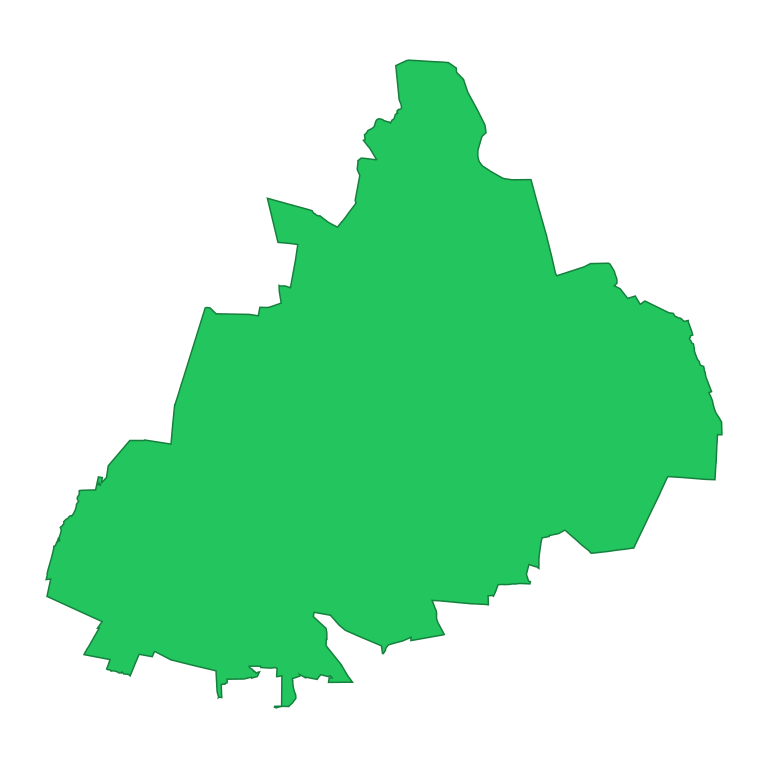 the district of Apaseo el Grande, Guanajuato, Mexico
{"feature_id": "50627088B68600935642938", "entity_name": "Apaseo el Grande", "entity_type": "district", "adm_level": 2, "iso_a3": "MEX", "parent_name": "Mexico", "parent_adm1": "Guanajuato", "projection": "albers", "projection_center": [-100.631, 20.591], "detail": "fine", "context": "isolated", "style": "filled", "palette": "green", "viewbox_px": 768, "rotation_deg": 0, "n_neighbors": 0, "source": "geoboundaries", "source_scale": "gbopen_adm2", "svg_char_len": 6016}
<svg xmlns="http://www.w3.org/2000/svg" viewBox="0 0 768 768"><path d="M359.8,175.5L355.2,200.2L355.9,203.3L348.7,212.8L345.8,216.9L341.8,222.0L341.6,221.9L339.4,224.8L338.8,225.3L338.5,226.1L337.4,227.0L336.5,226.7L328.8,222.6L322.9,218.2L320.1,215.9L318.5,215.9L316.3,215.1L314.8,213.7L313.5,213.1L312.0,210.6L267.4,198.3L276.8,237.4L278.0,242.4L288.4,243.3L297.8,244.5L295.4,260.6L290.4,287.7L285.7,286.1L284.1,285.9L282.3,286.0L279.7,285.9L279.1,285.5L279.2,290.5L279.4,292.0L281.2,303.1L270.6,306.8L267.8,307.5L259.9,307.3L258.3,315.8L249.3,314.4L216.1,313.8L210.0,307.9L206.8,307.5L205.2,307.9L182.6,380.4L181.2,384.6L179.1,391.8L175.0,404.6L174.7,404.6L172.6,425.7L171.0,444.1L144.6,440.0L144.2,440.5L129.8,440.5L108.3,465.7L106.5,477.5L101.7,482.6L101.5,481.7L102.4,477.6L98.4,476.9L97.2,482.4L98.4,482.7L100.2,484.1L100.4,485.2L96.9,483.9L95.6,489.9L81.5,490.3L79.3,490.6L79.2,492.2L79.3,493.4L79.2,494.4L78.9,494.9L77.4,497.1L77.2,498.8L78.5,501.5L76.6,504.0L76.4,504.8L76.6,504.9L75.7,508.6L74.9,510.7L73.3,513.9L72.5,514.7L72.0,515.8L71.6,516.2L71.0,515.8L70.4,515.8L69.8,516.0L69.2,516.5L68.1,518.1L65.5,519.8L64.1,521.3L63.7,521.8L63.8,523.9L63.7,524.3L63.5,524.6L63.0,524.6L61.7,526.5L60.8,526.8L60.3,527.5L61.3,530.2L60.5,533.5L59.1,537.6L59.6,540.7L57.7,541.2L58.6,538.4L58.3,538.3L57.0,542.5L56.7,542.3L55.4,545.6L55.2,545.8L54.3,546.0L53.7,546.5L53.8,547.8L53.3,550.4L51.3,558.4L47.8,570.6L47.1,574.1L47.4,574.9L46.1,579.6L50.7,579.0L47.0,596.4L102.1,621.6L97.5,628.1L99.2,628.1L88.4,647.0L86.7,649.4L86.4,650.5L85.5,651.6L84.0,654.6L110.0,659.6L108.1,665.3L106.6,668.9L107.7,669.7L109.6,669.8L110.1,670.1L110.4,670.0L110.7,670.7L111.0,671.1L113.9,670.8L116.7,671.7L117.7,672.0L118.6,672.8L119.7,673.0L120.6,672.7L121.3,673.0L121.8,672.1L122.6,672.5L123.5,673.9L124.7,673.9L126.8,674.3L128.4,674.4L129.1,674.9L130.1,675.9L133.1,668.7L135.2,663.5L139.1,654.3L152.3,656.7L154.4,651.7L155.1,651.6L171.0,659.9L195.2,665.9L216.0,670.8L217.1,691.7L218.6,697.3L218.5,697.6L219.2,697.1L221.8,697.5L221.6,695.0L221.3,684.3L225.1,684.1L225.1,683.4L227.1,682.8L227.1,681.8L227.3,681.4L227.0,680.1L227.1,679.2L244.0,679.0L251.3,677.2L251.6,678.1L257.3,676.5L259.5,671.9L257.4,672.4L256.9,672.9L256.2,673.2L254.6,671.4L253.8,670.9L253.5,671.1L252.6,669.9L252.6,669.5L249.5,667.5L249.2,666.2L260.2,666.2L260.5,666.3L260.7,667.5L270.0,668.1L273.9,667.8L274.3,667.4L277.1,668.3L276.6,676.6L277.5,676.6L281.9,675.8L281.6,706.2L274.8,706.3L274.5,706.6L274.4,707.1L276.1,707.9L278.8,707.0L282.2,706.4L284.9,706.4L288.9,706.5L289.2,705.9L292.4,703.0L295.9,698.3L295.7,695.0L294.4,691.5L293.6,688.8L293.1,685.6L292.8,683.1L292.8,680.8L292.2,678.7L299.9,676.1L299.9,675.0L299.6,674.4L305.6,677.9L305.9,677.8L305.8,677.2L317.2,679.4L318.6,677.1L319.5,676.2L320.7,674.7L328.6,676.7L329.0,676.1L330.4,675.9L332.1,677.8L329.2,678.0L328.5,682.4L349.0,682.2L349.6,682.3L352.5,682.2L348.4,676.7L346.6,673.9L341.1,664.5L327.0,646.9L326.0,645.2L326.3,639.3L326.9,639.3L326.8,632.5L326.0,628.3L313.3,616.6L314.1,612.3L330.8,615.3L330.9,615.8L338.4,624.3L339.9,625.8L345.3,630.3L357.5,635.7L381.4,645.8L382.5,653.5L383.3,653.6L385.5,650.3L385.5,648.9L386.9,646.7L388.4,644.9L395.6,642.8L402.5,641.0L411.1,637.3L410.9,640.6L443.4,634.8L444.3,634.5L437.7,622.2L436.5,618.3L436.6,613.2L436.2,610.8L435.1,608.2L432.1,600.4L439.2,600.8L471.4,603.8L475.3,603.9L485.1,604.4L488.4,604.8L488.1,595.8L492.6,595.5L493.5,596.2L495.7,591.3L498.1,584.7L503.0,584.4L503.4,584.6L508.7,584.5L513.7,583.8L514.4,584.1L519.3,583.5L521.0,583.5L529.9,583.9L530.4,581.7L528.6,581.1L526.6,575.0L526.5,574.0L528.9,564.5L534.8,566.5L535.4,566.7L536.2,566.5L538.9,568.4L538.9,560.0L539.2,555.5L541.0,542.6L542.0,537.9L549.2,536.5L549.3,535.5L558.6,533.6L564.9,530.1L576.7,540.4L582.2,545.4L588.4,550.3L589.7,551.5L589.7,551.8L591.3,553.3L608.5,551.4L616.4,550.2L625.1,549.2L632.5,548.1L633.7,548.1L652.0,509.8L659.5,494.5L661.0,490.9L665.2,482.0L665.2,481.8L667.8,476.6L683.8,477.6L705.6,479.4L715.0,479.7L715.7,466.7L716.2,461.6L716.8,446.3L717.1,442.1L717.4,436.4L717.6,434.7L721.9,434.7L721.6,422.1L718.6,416.9L718.0,416.1L715.8,412.6L714.6,409.5L713.3,405.0L712.4,400.6L710.7,396.4L708.9,392.6L711.6,391.6L711.6,391.3L710.9,389.9L705.9,377.0L705.0,371.8L704.6,371.4L703.7,366.5L700.1,365.0L699.4,361.9L697.4,359.2L695.9,355.4L694.6,351.7L694.3,349.6L694.4,348.9L693.4,343.9L691.8,343.1L691.1,341.2L690.0,339.8L689.4,338.4L690.3,337.2L690.5,335.8L692.8,335.0L691.5,330.6L688.2,321.7L688.2,320.5L684.0,321.4L683.5,321.0L682.3,319.6L680.3,318.1L678.9,318.0L674.9,316.2L673.7,314.0L673.1,313.3L669.0,312.8L644.9,301.0L640.2,304.3L635.2,296.0L627.7,298.4L620.1,288.7L614.3,285.8L616.5,283.7L617.0,283.0L616.9,279.8L616.7,278.4L615.3,274.8L614.3,271.2L609.9,264.0L608.4,263.2L590.5,263.6L584.0,266.9L556.9,275.7L555.6,273.8L551.5,255.8L547.1,238.2L546.8,236.6L537.1,202.4L531.0,179.6L512.4,179.8L504.5,178.7L502.3,178.0L491.4,171.8L482.4,165.9L479.3,161.8L478.7,160.1L477.8,156.1L477.9,150.3L481.5,137.8L482.3,136.1L485.8,132.9L486.0,132.8L485.4,127.8L484.8,124.7L477.6,110.3L467.8,92.3L463.5,79.4L456.7,72.5L456.5,71.6L456.3,68.1L448.4,62.6L442.5,62.1L434.4,61.7L415.0,60.5L410.7,60.3L409.9,60.1L406.7,60.5L395.8,65.6L399.2,100.0L400.9,104.0L401.2,105.1L401.5,108.1L401.2,108.7L400.4,109.1L399.6,109.4L399.0,109.3L398.9,109.4L398.4,109.5L398.0,109.9L397.8,110.2L397.9,110.5L397.4,110.7L397.3,111.0L397.1,111.0L397.2,111.7L396.9,112.3L397.7,113.0L397.3,113.5L396.0,114.0L395.2,114.6L395.2,115.2L394.2,118.3L393.3,119.5L392.2,119.9L390.5,123.0L389.6,122.2L388.7,121.9L387.3,121.8L385.2,120.9L384.3,120.9L382.7,119.7L381.5,119.2L381.0,119.1L380.0,119.0L379.2,118.7L378.5,118.9L377.0,119.6L376.2,120.5L375.3,122.8L374.9,124.6L374.0,126.9L371.6,128.7L368.3,130.3L367.8,130.6L367.4,131.6L366.4,132.9L366.3,133.4L364.5,134.6L364.8,137.8L365.2,139.6L364.6,140.0L363.4,140.3L368.1,146.4L369.4,147.7L375.9,158.5L376.6,159.4L376.1,159.8L365.2,158.4L361.2,158.1L357.9,160.7L357.9,163.1L357.2,169.3L359.8,175.5Z" fill="#22c55e" stroke="#15803d" stroke-width="1.5"/></svg>